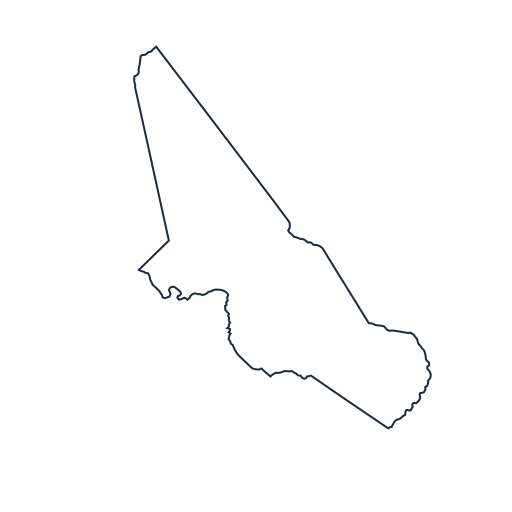 outline of São Félix de Balsas, Maranhão, Brazil, rotated 131°
{"feature_id": "56859067B7509137190866", "entity_name": "São Félix de Balsas", "entity_type": "district", "adm_level": 2, "iso_a3": "BRA", "parent_name": "Brazil", "parent_adm1": "Maranhão", "projection": "natural_earth1", "projection_center": [-44.839, -7.108], "detail": "fine", "context": "isolated", "style": "outline", "palette": "slate", "viewbox_px": 512, "rotation_deg": 131, "n_neighbors": 0, "source": "geoboundaries", "source_scale": "gbopen_adm2", "svg_char_len": 2883}
<svg xmlns="http://www.w3.org/2000/svg" viewBox="0 0 512 512"><g transform="rotate(131 256 256)"><path d="M342.9,184.1L341.8,182.0L339.6,179.1L337.4,178.2L337.5,166.1L335.6,165.9L333.8,165.5L331.2,164.5L329.7,162.6L328.0,161.1L324.0,158.9L321.4,155.4L319.9,154.1L319.0,152.3L319.0,150.5L318.3,148.2L318.6,146.1L317.1,143.9L317.6,140.7L317.0,139.1L315.8,138.3L313.4,138.4L311.9,137.3L310.2,135.9L306.1,99.4L299.3,43.1L297.4,42.7L296.2,41.5L294.5,42.0L292.6,42.3L290.7,42.8L288.7,42.7L287.1,42.3L285.7,41.4L284.4,40.6L282.4,40.3L280.0,40.0L278.2,39.2L276.6,40.2L275.4,41.0L273.8,41.6L272.6,40.4L272.0,38.8L270.8,37.9L269.0,38.5L267.0,38.8L266.2,40.2L264.5,40.9L263.1,40.2L262.0,38.6L259.7,38.2L257.6,38.3L256.3,38.6L254.5,40.0L253.1,41.7L251.6,42.1L250.2,40.7L248.4,39.9L245.6,40.6L243.8,42.3L241.7,41.6L240.1,42.3L238.5,42.9L237.6,44.2L235.7,44.4L233.8,44.4L232.3,45.3L230.8,46.3L229.8,48.1L229.1,49.6L228.9,51.5L228.4,53.2L226.8,54.1L224.9,53.6L223.0,55.5L222.9,58.5L222.4,60.1L219.8,62.8L217.7,65.8L216.9,67.8L216.7,70.4L216.0,72.7L215.8,75.5L214.7,77.5L213.0,80.0L212.5,83.1L212.0,85.4L212.2,87.3L212.5,89.1L214.4,90.8L219.1,98.6L222.1,103.3L225.1,106.6L225.7,109.3L225.1,112.6L225.6,114.4L227.9,117.9L229.1,119.4L229.8,120.8L230.5,123.7L232.7,126.8L212.5,191.8L208.0,206.1L206.5,211.0L206.7,214.0L207.5,216.8L209.9,220.0L209.7,222.2L210.2,224.3L211.7,225.6L211.8,227.4L211.9,229.9L212.6,231.9L214.0,233.5L214.5,235.7L216.5,240.0L216.3,243.4L216.3,246.6L215.6,248.4L213.1,249.0L211.3,249.9L208.6,252.9L202.7,279.9L196.3,310.5L189.8,341.7L182.2,378.2L163.5,468.6L167.1,469.2L170.6,469.4L172.7,470.9L176.6,471.5L178.1,472.7L179.4,474.0L180.9,474.1L187.7,469.5L192.5,466.9L193.8,465.2L195.8,464.5L197.8,464.6L200.4,465.6L204.1,462.5L206.2,459.3L208.1,457.8L247.8,404.2L291.9,344.9L301.5,331.9L343.3,335.3L342.6,332.5L341.4,330.3L341.3,328.6L339.9,326.0L340.9,323.4L342.5,321.4L343.3,320.1L344.6,317.1L345.5,315.2L345.5,311.2L346.0,305.3L346.8,303.3L347.1,301.7L348.5,299.1L347.3,296.9L343.4,294.7L340.9,295.5L339.9,296.9L339.0,299.2L337.2,299.9L335.1,299.7L333.1,297.9L332.6,295.0L332.6,289.6L333.8,287.7L335.9,287.7L337.4,288.7L339.1,288.0L339.4,285.4L337.7,284.2L334.6,282.7L333.9,280.6L333.9,279.0L330.8,278.7L328.9,279.3L326.6,278.9L325.1,278.3L323.9,277.2L323.0,274.9L321.4,273.1L320.6,270.9L317.7,268.9L314.9,268.5L313.4,267.8L312.1,266.7L310.2,266.0L308.5,265.1L305.1,261.1L303.9,259.0L302.9,255.0L303.0,253.0L303.6,251.4L306.4,250.4L308.3,248.1L310.5,248.1L312.4,246.1L314.1,246.5L315.3,245.2L316.7,244.0L317.2,241.1L317.5,238.3L319.2,237.9L320.4,235.8L322.6,234.1L323.3,231.8L325.5,231.5L327.1,230.2L329.3,230.3L328.1,227.7L329.5,226.7L331.6,226.7L331.3,224.3L333.1,224.1L334.7,223.2L336.7,222.2L337.4,219.2L338.7,217.3L338.4,215.1L339.3,213.4L340.8,210.3L341.9,206.5L342.4,204.3L343.2,187.4L343.3,185.8L342.9,184.1Z" fill="none" stroke="#1e293b" stroke-width="2"/></g></svg>